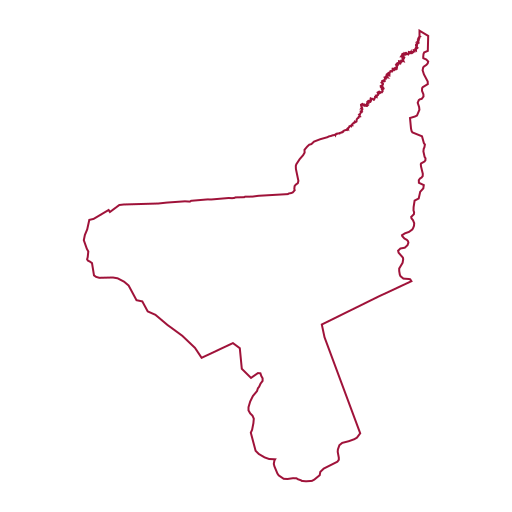 outline of Kabo, Ouham, Central African Republic
{"feature_id": "33826404B79989829713557", "entity_name": "Kabo", "entity_type": "district", "adm_level": 2, "iso_a3": "CAF", "parent_name": "Central African Republic", "parent_adm1": "Ouham", "projection": "orthographic", "projection_center": [18.904, 7.84], "detail": "fine", "context": "isolated", "style": "outline", "palette": "rose", "viewbox_px": 512, "rotation_deg": 0, "n_neighbors": 0, "source": "geoboundaries", "source_scale": "gbopen_adm2", "svg_char_len": 5888}
<svg xmlns="http://www.w3.org/2000/svg" viewBox="0 0 512 512"><path d="M319.7,475.2L320.3,471.9L323.7,468.6L337.4,461.7L338.8,459.8L338.8,457.7L337.7,451.8L337.9,449.4L339.4,445.2L342.2,442.9L348.8,441.2L354.3,439.2L356.9,437.7L360.2,433.3L324.5,337.2L321.8,324.5L379.0,296.3L411.4,281.2L410.2,279.3L408.9,279.0L403.4,278.6L400.5,276.2L399.8,274.6L399.2,271.0L399.2,268.5L402.6,262.8L403.2,259.1L402.9,257.6L398.6,252.7L398.1,250.7L400.4,248.5L404.8,247.7L407.5,245.2L408.4,242.7L408.0,241.2L406.9,239.9L404.4,238.5L402.3,236.2L402.0,235.2L405.0,233.3L409.0,231.9L412.3,229.5L413.2,227.9L414.0,225.8L414.2,223.2L413.0,220.2L411.5,218.4L411.2,216.9L413.9,214.2L414.1,212.3L413.5,210.4L413.6,207.1L414.6,200.6L418.7,198.5L420.2,191.8L423.3,188.4L423.8,185.1L418.9,182.8L418.8,180.2L420.0,178.5L421.5,177.6L422.7,176.1L422.8,173.8L421.0,166.4L420.8,164.2L421.0,163.5L424.5,161.5L425.4,160.3L425.5,158.3L424.6,156.9L423.4,151.4L423.7,148.8L424.4,147.3L424.9,144.5L423.9,143.2L422.0,136.3L412.4,132.4L411.6,131.1L411.0,128.5L410.0,118.0L415.0,116.5L417.0,115.5L419.4,109.8L419.1,107.0L417.7,102.8L418.8,100.1L419.9,99.3L421.7,98.9L423.5,96.5L423.4,94.3L422.0,90.8L422.1,88.2L422.7,87.2L427.8,84.1L427.7,81.5L423.9,74.3L422.6,70.2L423.2,67.4L424.0,66.5L426.4,64.9L427.7,63.4L428.2,61.5L426.3,59.5L423.3,58.2L423.2,57.0L423.5,54.0L424.2,52.4L427.8,50.9L428.2,35.9L419.5,30.7L419.5,36.1L420.1,36.6L419.2,37.3L419.1,38.0L418.7,37.7L418.4,38.2L419.0,38.5L417.8,40.0L417.9,40.4L418.3,40.1L418.7,40.2L418.5,41.0L417.7,41.6L418.1,41.7L418.5,42.6L417.9,42.7L418.1,43.1L417.5,43.7L417.0,43.6L417.2,44.0L417.0,44.7L416.3,44.5L416.0,44.8L416.0,45.1L416.6,45.1L417.0,45.7L416.9,46.3L416.3,46.5L416.2,47.0L417.4,47.9L416.7,48.5L416.3,48.1L415.9,48.1L416.0,50.3L415.2,49.7L415.1,50.4L413.9,50.2L414.2,51.2L413.8,51.1L413.5,52.0L412.8,52.5L412.6,51.8L411.5,51.7L411.4,52.0L412.0,52.8L411.7,53.2L411.0,53.2L410.9,52.4L410.6,53.0L410.1,53.1L410.2,52.0L409.7,52.2L408.9,52.0L408.9,53.6L408.3,54.3L408.0,53.8L407.0,54.1L406.7,53.3L406.0,52.8L405.7,52.9L406.0,53.8L405.5,54.6L405.0,54.4L404.1,54.9L403.8,54.5L404.3,54.3L403.9,53.6L403.5,54.3L402.9,53.8L402.4,53.9L402.1,54.8L402.7,54.7L402.9,55.2L401.8,55.4L401.2,56.3L402.9,56.3L404.3,57.4L404.1,57.9L403.6,57.4L402.4,58.1L402.6,58.7L403.3,59.1L402.9,59.7L403.5,61.1L402.7,60.8L402.0,61.4L401.6,60.5L401.2,60.5L400.9,61.0L401.6,61.5L401.1,61.7L400.7,62.7L400.3,61.8L399.6,61.3L399.0,61.2L399.1,63.5L398.5,63.5L398.5,63.0L397.4,63.1L396.4,64.2L396.7,64.3L397.3,63.8L397.9,64.8L397.7,65.3L396.7,65.7L397.1,66.1L396.8,66.6L397.0,67.5L396.6,68.1L396.8,68.8L396.4,69.0L395.8,68.7L395.8,67.8L395.5,67.7L394.7,68.2L395.4,68.6L395.5,69.3L395.0,69.3L394.4,69.9L393.6,68.9L392.6,68.7L392.5,69.1L393.0,69.7L392.9,70.4L392.0,71.5L391.2,71.0L390.5,71.1L390.4,71.8L389.6,72.3L389.5,73.9L389.1,73.3L388.4,73.0L388.0,73.4L388.3,74.6L387.3,74.0L386.7,74.4L386.6,74.8L387.6,75.5L387.0,75.5L386.1,76.3L387.3,77.4L386.4,77.3L386.1,78.0L385.7,77.3L384.7,77.5L385.1,78.3L384.6,79.7L384.7,81.2L384.1,81.4L383.8,80.3L382.2,81.0L382.3,81.6L381.5,82.6L383.0,83.8L382.9,84.5L382.3,85.0L382.4,86.0L381.6,85.7L380.7,86.0L380.8,87.0L382.3,88.1L383.2,87.8L383.6,88.4L383.4,88.9L381.9,89.3L382.7,91.0L381.9,92.3L380.2,92.1L380.2,92.9L379.7,93.2L379.0,91.7L377.6,92.5L378.2,94.0L377.9,95.1L376.2,95.5L376.8,96.4L376.7,97.0L376.1,96.6L375.1,96.8L375.2,97.5L374.7,98.0L374.1,99.7L373.7,99.8L372.5,98.8L371.8,98.9L370.7,98.4L370.6,98.8L371.1,99.3L371.0,100.8L370.5,101.1L370.3,101.9L369.4,101.8L370.1,101.4L369.8,100.6L369.3,100.8L368.9,101.7L368.2,101.0L367.4,101.8L368.3,103.0L366.9,103.5L366.6,104.5L367.9,105.1L367.0,106.0L366.1,105.9L365.4,105.2L364.7,105.8L363.9,105.5L364.2,105.0L364.0,104.4L363.1,104.5L362.4,103.9L361.0,104.7L361.1,105.7L361.5,105.7L361.6,106.3L361.0,106.9L361.4,106.6L361.8,107.6L361.4,108.2L361.9,108.1L361.8,108.5L362.4,109.1L361.4,110.7L362.0,111.2L361.5,111.8L361.0,111.8L361.3,112.3L360.9,112.4L359.9,114.2L359.3,114.5L359.8,115.0L359.3,116.0L359.8,116.5L358.7,116.8L358.4,117.9L357.6,118.2L356.7,119.4L356.5,121.5L355.4,122.2L354.9,121.8L354.8,122.3L353.9,122.6L353.8,123.1L353.4,123.1L352.1,124.4L352.4,125.4L351.3,125.5L351.1,126.3L350.3,125.9L349.3,126.4L349.1,127.4L347.9,128.4L348.0,129.0L347.5,128.6L347.1,129.1L347.3,129.7L347.0,130.1L346.2,129.9L344.3,130.5L343.2,131.2L343.2,131.7L342.7,132.1L341.8,132.2L341.8,132.5L339.7,133.0L339.5,133.5L338.0,133.4L336.4,134.2L336.2,133.9L335.4,134.5L335.3,135.0L335.1,134.7L332.8,135.4L332.3,135.3L331.6,135.8L328.9,136.4L327.4,137.2L320.3,139.2L314.0,141.6L311.4,144.1L309.2,144.7L307.2,146.6L304.5,149.8L304.6,152.6L303.1,155.2L299.7,159.1L296.3,164.3L295.8,165.9L295.9,168.9L298.4,180.9L297.8,183.2L295.7,184.7L294.6,186.1L294.3,188.9L294.7,190.2L292.8,192.4L291.4,193.0L288.8,193.5L287.9,194.1L258.4,195.8L252.5,196.6L245.0,196.7L244.2,197.2L235.4,197.4L234.5,197.9L232.1,198.2L228.7,198.0L211.1,199.5L207.6,199.4L191.1,200.8L189.9,201.6L184.9,201.3L166.6,202.6L158.4,203.5L123.7,204.5L119.3,205.0L109.9,212.0L108.6,210.0L93.6,218.9L89.3,219.9L87.2,229.4L84.9,234.9L83.8,240.2L86.8,248.7L88.3,251.5L87.7,257.2L87.1,259.3L87.9,260.6L89.9,261.6L92.0,263.1L94.0,275.4L96.1,276.9L99.3,277.8L112.9,277.5L117.6,278.3L124.1,281.7L128.6,285.5L136.5,300.2L142.3,301.4L147.7,311.4L155.4,314.8L167.5,325.0L182.3,335.8L195.0,347.9L201.6,357.8L232.9,343.1L239.8,348.2L241.8,368.8L251.0,377.9L257.9,373.1L260.4,373.3L261.3,376.0L262.6,378.3L262.6,380.9L260.6,383.5L259.1,386.8L257.9,388.3L257.0,391.1L252.9,396.0L250.2,401.5L248.5,407.2L248.5,410.4L250.2,413.4L252.5,415.7L253.8,418.7L253.4,423.2L252.1,429.8L250.8,432.7L255.6,450.8L258.8,454.0L264.6,457.4L269.1,459.0L275.1,459.3L274.4,460.5L273.8,463.9L274.4,466.3L277.4,473.5L278.7,475.4L283.7,478.8L287.5,479.0L292.9,478.2L296.5,478.3L297.8,479.2L301.0,480.3L301.7,480.9L306.0,481.3L311.9,480.9L314.3,479.6L319.7,475.2Z" fill="none" stroke="#9f1239" stroke-width="2"/></svg>